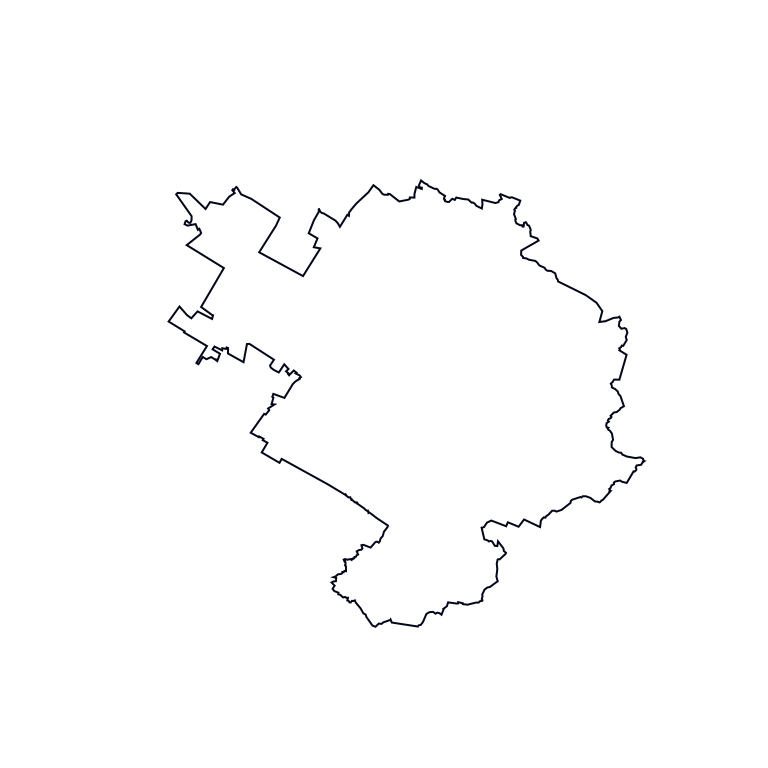 León, Guanajuato, Mexico (Natural Earth projection), rotated 115°
{"feature_id": "50627088B58691322085739", "entity_name": "León", "entity_type": "district", "adm_level": 2, "iso_a3": "MEX", "parent_name": "Mexico", "parent_adm1": "Guanajuato", "projection": "natural_earth1", "projection_center": [-101.574, 21.097], "detail": "fine", "context": "isolated", "style": "outline", "palette": "ink", "viewbox_px": 768, "rotation_deg": 115, "n_neighbors": 0, "source": "geoboundaries", "source_scale": "gbopen_adm2", "svg_char_len": 6166}
<svg xmlns="http://www.w3.org/2000/svg" viewBox="0 0 768 768"><g transform="rotate(115 384 384)"><path d="M206.7,439.9L212.1,447.3L209.4,459.0L209.9,460.6L210.8,460.4L212.3,463.6L212.4,465.7L209.9,470.5L208.3,477.6L216.7,479.1L232.0,485.3L238.6,487.1L243.2,488.1L246.4,486.9L246.1,488.7L260.2,490.4L257.7,494.0L256.4,497.2L254.9,510.5L255.2,512.9L254.8,514.6L252.4,517.3L255.5,515.9L265.1,516.7L279.2,515.9L280.1,505.8L289.7,505.4L288.0,499.0L320.4,503.0L317.4,552.8L286.2,548.8L277.2,548.8L272.3,582.5L272.5,593.6L268.1,600.1L267.9,601.2L271.6,602.1L272.2,600.9L271.4,603.2L272.5,603.4L274.0,600.0L279.7,603.5L289.5,605.7L292.6,618.5L300.8,619.7L293.6,640.5L298.0,651.8L299.9,652.5L313.2,629.3L317.0,627.6L319.7,627.6L320.3,628.6L320.1,630.2L319.4,631.8L320.3,632.6L323.4,632.3L323.5,629.0L318.7,622.3L322.6,618.2L322.0,618.1L322.3,617.1L321.5,616.8L324.5,613.5L326.6,614.0L341.5,621.5L346.6,578.1L391.5,582.3L394.3,568.0L393.0,568.2L397.7,567.3L397.0,583.7L405.9,586.4L404.8,591.7L400.2,602.1L418.4,605.6L420.6,586.9L421.8,587.0L424.4,560.5L444.2,562.9L444.5,560.6L436.1,559.7L436.6,555.4L432.6,552.0L433.1,548.3L432.7,546.0L433.4,546.4L433.7,544.8L425.9,545.4L425.0,554.0L421.7,553.5L421.9,544.9L419.9,545.7L419.0,542.0L417.4,542.1L417.3,540.5L422.3,538.3L423.6,520.5L405.7,525.1L404.5,522.9L408.5,494.0L415.4,495.1L416.9,493.7L417.8,489.9L418.0,484.2L408.3,482.7L410.8,476.9L413.9,478.1L414.7,475.1L415.4,475.3L416.2,473.7L409.9,471.5L410.7,468.1L411.7,468.6L411.9,464.1L412.9,462.2L414.6,463.2L415.0,462.6L419.2,465.4L422.5,466.6L438.7,468.4L439.7,480.1L442.9,479.8L443.0,478.5L449.7,477.4L448.8,474.6L455.2,478.7L456.2,476.9L461.7,478.3L461.7,480.0L484.5,484.2L485.1,475.0L484.3,475.0L484.6,470.0L486.1,470.2L486.5,464.8L497.7,465.9L499.6,445.4L495.1,445.1L498.7,392.0L500.8,372.5L500.2,372.2L500.6,371.5L500.9,372.0L501.8,368.2L500.9,366.7L502.1,365.6L502.0,364.7L502.9,364.4L502.7,363.0L503.6,360.3L503.0,359.4L503.6,358.5L503.0,358.0L503.7,357.5L505.2,349.1L505.9,347.6L506.1,345.6L505.6,345.1L507.4,343.6L506.6,343.1L508.8,332.8L510.6,320.7L512.0,320.3L517.9,321.6L522.3,320.9L525.5,321.8L528.4,321.3L530.0,321.7L529.8,323.6L530.9,325.0L537.9,327.0L538.5,334.8L539.7,336.3L542.1,334.1L543.7,334.4L545.1,336.5L547.2,338.0L549.5,335.4L550.6,336.4L552.3,336.4L553.4,337.7L554.3,337.3L555.9,338.3L555.6,338.8L556.5,339.5L557.1,339.3L556.9,340.5L558.8,343.0L559.1,345.3L560.2,346.3L561.4,344.9L560.8,344.6L562.8,342.9L564.9,342.7L565.2,341.5L569.7,339.3L570.2,340.9L571.6,341.0L572.0,342.2L572.6,341.8L574.2,342.5L576.0,345.3L578.9,346.6L580.4,348.1L579.9,345.4L583.0,344.2L584.4,346.5L586.1,347.6L587.6,343.5L591.4,344.0L592.7,341.5L592.4,337.1L593.9,336.6L593.6,334.6L594.7,330.8L593.4,329.2L593.7,327.8L593.0,326.3L595.7,325.8L595.5,324.3L596.5,323.0L596.1,321.9L594.1,321.4L593.6,320.0L592.4,319.0L594.1,317.1L597.3,310.3L600.6,305.8L600.7,303.2L602.5,301.6L607.8,292.4L607.6,289.1L603.4,287.5L602.4,284.8L600.3,283.9L595.3,278.7L594.6,278.6L596.9,276.1L589.5,250.8L588.1,250.6L586.8,248.9L583.3,248.1L574.5,248.4L571.5,246.3L569.8,243.2L570.4,240.3L568.7,239.1L568.3,236.8L568.8,234.4L563.0,234.7L562.8,235.2L558.8,233.1L554.8,233.6L552.2,225.1L551.5,224.1L550.4,224.6L549.4,219.9L550.2,219.5L548.7,215.0L543.4,208.5L542.0,205.8L540.3,205.2L539.1,203.4L538.4,203.4L537.6,204.5L534.7,205.0L533.3,206.0L527.8,206.0L524.6,204.2L523.3,202.3L514.7,197.6L511.0,200.8L503.8,203.1L499.4,205.8L495.3,206.8L494.6,206.6L494.1,205.1L486.5,202.0L485.4,202.1L484.7,204.8L482.5,206.3L478.4,214.2L483.0,212.8L483.8,215.2L481.0,219.5L481.1,221.1L482.4,222.4L481.9,223.9L482.4,227.4L473.0,234.8L471.5,232.9L466.1,232.1L462.4,229.0L461.3,213.2L457.0,213.3L456.5,201.7L447.6,199.8L447.7,182.1L441.4,184.1L437.5,183.0L436.9,181.2L435.8,181.4L432.6,179.6L427.8,178.1L426.7,175.7L426.7,173.7L423.1,169.9L412.9,164.7L411.2,165.3L409.3,164.5L403.5,158.3L403.4,157.1L401.8,156.5L400.4,153.5L400.0,148.7L401.3,143.2L400.3,140.5L400.3,138.8L399.6,138.2L397.8,137.7L396.5,136.7L385.3,133.4L385.7,134.4L384.4,134.6L384.0,135.5L382.7,134.8L379.8,134.9L377.5,133.2L376.2,134.0L374.6,133.2L371.7,129.2L372.0,127.0L371.1,122.2L357.7,120.9L357.5,119.9L355.5,119.0L354.2,119.4L353.3,120.6L351.1,120.6L348.5,116.8L345.8,116.5L344.0,115.5L344.2,116.5L343.6,116.4L342.3,117.6L342.1,120.6L344.9,124.9L347.1,133.3L347.2,138.2L346.1,140.1L346.8,142.1L346.8,145.6L345.6,149.3L344.9,151.1L340.4,153.1L337.8,152.8L332.7,156.4L330.9,159.4L330.6,161.4L330.0,162.3L328.8,162.1L329.1,163.9L327.7,165.1L325.3,165.7L323.1,164.3L322.5,165.7L321.6,165.7L320.5,165.5L319.5,164.3L317.8,163.9L317.1,165.2L312.8,163.7L311.0,161.2L307.8,159.6L306.0,159.4L302.7,157.2L295.1,164.5L293.7,167.5L292.0,168.9L290.9,172.5L290.8,176.0L289.0,177.0L287.8,178.6L285.5,177.6L282.8,177.4L280.6,172.5L255.0,176.5L254.0,184.9L253.2,184.8L252.3,185.9L250.8,184.9L248.7,184.7L248.3,183.3L241.6,182.6L239.1,184.8L234.7,185.1L231.8,187.7L231.6,189.5L233.6,192.2L232.1,195.7L227.9,197.0L225.9,196.3L223.5,199.1L224.8,200.0L227.1,203.9L233.4,209.7L236.8,215.0L225.7,216.9L220.6,225.6L218.2,238.6L217.5,269.6L216.3,270.3L214.9,272.7L211.4,275.5L210.9,280.2L212.3,283.8L212.0,285.8L210.8,287.5L210.9,293.3L209.1,296.6L208.5,298.9L210.1,305.0L210.0,308.1L211.0,311.2L210.1,311.7L209.1,314.3L205.0,316.0L188.7,304.5L187.3,306.5L188.0,313.5L184.2,315.8L182.4,316.1L180.8,317.6L179.2,319.5L179.3,321.0L177.4,323.9L178.8,325.2L182.3,324.0L182.8,325.0L181.8,326.2L182.6,327.8L182.4,331.9L181.1,333.4L179.5,334.5L178.7,334.2L175.2,337.9L171.6,338.6L170.9,339.6L169.3,339.4L168.5,338.6L168.0,339.0L166.0,338.5L164.7,337.5L160.2,338.0L160.7,346.8L161.5,348.3L162.2,348.6L162.7,358.6L163.6,359.0L166.6,355.5L168.9,357.3L170.8,357.1L172.9,359.5L175.5,372.9L179.5,370.7L183.6,369.5L183.5,375.5L182.1,378.3L182.0,380.3L182.6,381.3L181.2,385.7L182.8,390.1L184.5,397.3L187.2,397.6L187.3,400.4L191.5,402.0L192.1,403.1L192.5,405.9L191.3,406.6L191.4,407.4L189.8,408.2L187.8,408.1L186.9,414.6L185.1,417.6L184.9,418.8L185.8,420.8L185.7,427.5L184.8,429.4L184.9,432.1L183.9,436.4L189.5,436.3L190.6,434.4L190.1,432.7L191.3,432.2L191.8,438.0L198.9,436.7L202.2,435.2L204.0,439.4L205.2,438.8L206.7,439.9Z" fill="none" stroke="#020617" stroke-width="2"/></g></svg>